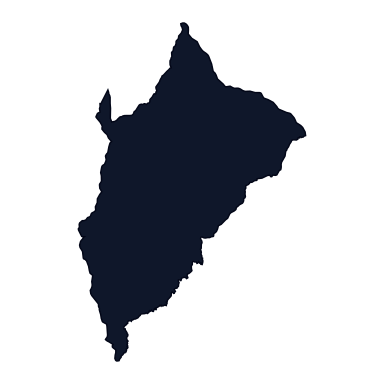 outline of Jericó, Antioquia, Colombia
{"feature_id": "7082276B41984085227897", "entity_name": "Jericó", "entity_type": "district", "adm_level": 2, "iso_a3": "COL", "parent_name": "Colombia", "parent_adm1": "Antioquia", "projection": "natural_earth1", "projection_center": [-75.766, 5.764], "detail": "fine", "context": "isolated", "style": "filled", "palette": "ink", "viewbox_px": 384, "rotation_deg": 0, "n_neighbors": 0, "source": "geoboundaries", "source_scale": "gbopen_adm2", "svg_char_len": 5978}
<svg xmlns="http://www.w3.org/2000/svg" viewBox="0 0 384 384"><path d="M305.6,135.6L305.1,132.0L302.7,127.5L300.7,125.5L296.3,122.7L294.9,119.4L294.0,117.7L290.7,113.8L289.8,113.3L286.5,112.5L278.7,109.2L277.4,107.8L276.9,106.7L273.2,102.4L268.0,99.6L264.0,98.2L262.9,96.7L261.2,93.4L260.6,92.9L259.4,92.6L255.1,92.6L250.0,91.2L245.1,91.4L242.8,90.6L240.3,89.0L239.1,88.5L238.0,88.2L234.3,88.3L232.8,87.7L230.1,86.2L226.2,86.8L225.4,86.6L224.8,86.2L223.2,84.1L217.5,79.0L216.1,75.1L215.0,73.1L213.5,71.7L213.1,71.1L211.6,64.0L208.6,56.2L207.7,54.8L206.1,53.4L203.1,51.3L201.7,49.8L199.6,46.9L197.1,41.7L191.8,38.4L188.2,34.0L188.4,29.7L188.3,27.2L187.4,25.5L186.3,24.2L184.5,23.1L182.8,23.0L180.8,23.7L181.1,25.7L182.1,27.4L182.7,29.9L181.3,33.1L178.7,36.0L178.6,37.4L178.3,38.6L177.9,39.3L176.4,40.8L176.1,41.5L176.0,44.0L175.7,44.5L175.5,45.7L173.8,47.0L173.5,47.9L173.2,50.7L172.2,51.7L171.6,52.7L171.9,56.6L171.0,58.3L171.0,59.5L170.5,59.9L170.1,60.6L170.0,61.8L170.1,64.8L171.2,67.8L169.9,68.3L168.9,69.6L167.0,71.3L163.5,75.1L162.0,76.1L161.8,77.1L160.4,79.4L159.3,82.2L155.9,87.0L156.1,88.8L156.8,90.4L156.4,91.6L155.9,92.1L155.9,93.8L155.2,94.0L154.4,93.8L153.8,94.1L152.3,96.9L150.0,99.5L149.9,101.5L149.2,102.9L147.6,103.3L146.3,104.5L145.1,103.8L144.3,103.7L142.6,104.5L141.3,104.2L139.9,104.6L139.1,105.2L135.9,110.3L135.3,111.0L134.3,111.5L133.2,114.3L132.0,115.2L131.1,115.5L124.4,115.6L122.6,116.1L121.8,116.7L120.2,116.9L119.1,117.6L118.8,118.4L118.1,118.7L117.0,120.0L115.2,121.3L111.7,122.0L110.3,118.3L110.5,108.2L110.1,103.5L110.1,97.3L109.7,95.6L108.8,93.9L108.6,92.2L107.9,90.0L100.8,103.9L100.0,103.7L100.1,106.5L99.5,108.7L100.1,112.0L97.5,113.4L96.0,116.7L96.2,117.4L100.1,122.1L101.6,124.7L102.3,126.3L102.0,127.9L102.0,129.2L104.6,132.4L107.1,134.6L108.5,138.0L111.6,141.5L110.3,142.7L109.8,143.7L108.9,146.8L107.8,152.7L106.6,154.0L105.8,155.3L105.5,156.1L106.2,159.6L105.8,161.3L104.5,164.3L102.6,165.5L102.0,166.3L101.6,167.7L100.7,172.7L101.4,175.8L101.5,180.9L101.1,182.0L99.7,184.0L99.5,184.9L99.8,188.3L101.8,191.8L99.7,194.6L97.4,198.8L97.3,202.7L95.4,206.8L95.7,210.0L95.2,210.9L94.4,211.7L91.9,213.0L91.4,213.5L90.4,216.2L89.8,216.8L87.6,217.6L85.8,220.0L83.7,220.7L82.2,220.7L79.7,222.9L79.4,223.6L79.2,224.5L79.4,227.3L78.4,228.7L78.4,229.3L78.6,230.2L81.7,236.4L82.9,236.8L83.9,236.6L84.4,236.7L83.4,237.3L83.0,238.4L81.0,240.8L80.5,241.7L79.6,245.1L80.1,247.5L82.0,250.5L82.6,251.7L83.3,258.1L83.7,258.8L85.1,259.4L86.6,260.9L88.6,266.2L89.4,270.7L90.1,273.2L92.6,275.3L92.7,275.7L91.8,281.6L92.2,284.6L92.1,286.3L91.4,288.4L90.3,290.4L90.8,293.7L91.9,295.7L98.4,303.9L98.6,306.7L99.4,308.3L99.3,309.6L99.6,310.9L100.7,314.5L101.3,318.4L102.3,321.4L102.8,322.0L106.4,324.0L106.7,324.4L107.0,326.6L107.6,335.2L107.1,337.3L106.0,338.6L105.5,339.6L107.1,340.9L109.3,342.0L113.1,344.5L112.3,345.8L112.4,347.0L113.1,347.8L115.3,349.5L115.8,350.2L115.8,352.6L115.2,355.1L114.9,358.4L115.6,360.2L116.3,360.8L116.9,361.0L119.0,360.7L119.8,358.8L121.1,357.3L121.2,356.1L122.9,354.6L124.1,352.7L124.9,352.8L125.5,351.9L126.1,351.8L126.2,350.7L126.6,350.0L126.3,348.9L127.5,348.2L127.8,347.5L127.9,347.1L127.1,346.8L127.1,346.4L127.6,345.6L127.0,344.5L127.6,343.6L127.2,341.9L128.0,341.1L126.9,339.7L126.6,338.0L127.1,336.6L127.8,335.9L127.8,334.3L127.0,333.6L127.0,332.7L125.3,330.0L125.2,328.9L123.9,328.8L123.8,327.2L123.9,326.9L124.8,325.8L126.3,324.7L126.5,324.1L126.9,324.0L127.0,323.5L127.7,323.3L127.7,322.0L128.4,320.9L128.6,320.7L130.3,320.9L130.9,320.6L131.4,321.1L131.7,320.1L132.7,320.0L134.0,319.1L135.4,319.0L137.9,317.8L139.5,315.8L140.1,315.5L140.7,314.4L141.4,313.9L145.0,313.6L146.2,312.8L147.1,313.5L147.4,313.5L148.7,312.5L148.8,311.5L149.6,310.6L149.9,310.7L150.0,311.4L151.0,310.9L151.5,310.3L152.4,311.3L153.4,311.4L154.1,309.3L154.7,309.3L154.8,308.4L155.1,308.3L155.6,309.5L156.1,309.6L156.3,309.1L155.8,307.9L157.3,307.4L159.1,306.3L160.0,305.2L161.1,306.2L161.7,305.3L162.8,306.0L164.7,305.1L166.3,305.5L166.3,304.9L167.1,303.1L167.0,302.8L166.3,302.5L166.3,301.9L167.1,301.8L167.6,299.9L171.0,296.1L171.2,295.7L171.3,293.0L172.2,292.0L172.5,292.1L173.6,293.4L174.3,293.2L174.5,292.4L175.4,291.4L174.2,289.5L174.4,289.0L175.5,288.3L177.0,288.1L177.4,287.2L178.4,286.3L178.6,284.1L179.1,282.7L178.3,281.1L178.3,280.1L178.5,279.8L179.5,279.8L180.8,280.6L181.3,279.9L181.4,278.3L183.6,277.4L185.4,277.4L186.6,278.6L187.8,277.8L187.8,277.2L187.0,276.2L187.5,273.8L188.7,273.6L190.6,272.1L191.9,270.7L191.4,268.6L191.3,266.3L191.6,265.5L192.3,264.7L192.3,262.5L192.7,261.7L193.3,261.4L194.8,262.0L196.1,261.8L197.0,263.4L197.5,263.2L198.7,261.7L199.5,263.1L200.1,263.1L200.5,262.7L200.9,262.8L200.9,264.3L202.2,264.5L202.8,261.9L202.8,260.6L202.3,259.0L202.6,258.2L201.9,257.7L201.8,255.8L200.9,253.9L201.2,253.1L201.3,252.2L200.5,249.1L201.2,248.3L201.3,244.7L201.6,243.2L202.0,242.9L201.8,241.1L200.6,239.1L200.6,238.2L200.9,237.3L201.8,236.9L204.0,237.9L205.6,238.0L207.5,237.6L209.6,237.6L211.7,236.6L212.8,236.6L213.4,236.3L213.6,235.9L213.8,233.5L214.9,232.9L216.4,231.5L217.5,229.1L218.4,225.7L221.2,224.3L225.7,219.7L227.6,218.3L229.8,213.7L231.0,212.6L234.1,211.0L235.6,209.8L236.0,209.2L236.3,207.5L238.0,206.2L239.5,204.7L242.4,203.2L243.0,202.4L243.6,200.9L243.7,198.5L244.9,197.8L245.4,196.5L245.0,194.1L245.2,191.7L244.9,190.3L245.1,189.4L245.8,188.2L245.7,186.2L246.0,185.6L248.5,184.4L249.0,183.7L249.5,183.4L249.7,182.5L250.3,182.2L251.9,182.3L254.6,180.6L256.6,180.4L257.0,180.0L257.0,179.0L257.3,178.7L262.0,178.1L267.4,175.5L269.8,175.1L270.7,176.6L271.7,176.7L272.8,175.1L275.6,175.3L276.8,174.9L279.2,170.6L280.7,169.7L281.0,168.6L281.2,166.9L281.1,164.2L281.6,162.1L285.0,156.1L285.7,151.3L286.8,149.9L287.0,148.8L288.5,146.8L289.5,144.3L291.2,141.8L291.6,140.6L292.2,140.1L293.7,139.8L296.4,140.0L297.9,139.1L298.0,138.1L298.2,137.8L299.4,137.9L299.3,137.3L299.5,136.9L300.6,137.0L301.2,137.5L301.9,137.2L303.1,137.1L304.1,136.1L305.6,135.6Z" fill="#0f172a" stroke="#020617" stroke-width="1.5"/></svg>